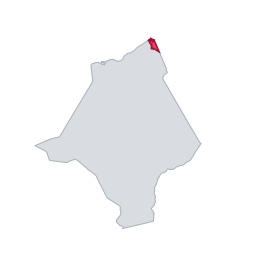 Lunga Lunga, Coast, Kenya (highlighted), rotated 211°
{"feature_id": "3690345B53478860661951", "entity_name": "Lunga Lunga", "entity_type": "district", "adm_level": 2, "iso_a3": "KEN", "parent_name": "Kenya", "parent_adm1": "Coast", "projection": "albers", "projection_center": [39.245, -4.434], "detail": "medium", "context": "in_parent", "style": "filled", "palette": "rose", "viewbox_px": 256, "rotation_deg": 211, "n_neighbors": 0, "source": "geoboundaries", "source_scale": "gbopen_adm2", "svg_char_len": 4135}
<svg xmlns="http://www.w3.org/2000/svg" viewBox="0 0 256 256"><g transform="rotate(211 128 128)"><path d="M57.6,152.5L57.5,149.5L57.9,141.9L57.8,135.2L58.1,131.9L59.8,129.7L60.5,128.2L61.1,126.0L61.9,124.3L63.9,122.8L64.2,122.1L66.3,119.7L67.5,116.6L68.5,115.5L69.7,114.6L70.5,114.1L71.9,113.6L72.9,113.3L73.1,113.0L73.2,112.5L72.8,110.6L73.3,110.0L74.0,108.7L74.8,107.5L75.6,106.8L76.0,106.0L76.2,104.7L76.2,103.7L76.2,102.2L76.0,98.7L75.1,95.8L74.5,92.5L74.9,91.4L74.2,89.5L73.8,89.4L73.3,89.0L72.5,87.2L72.0,85.5L71.6,85.1L69.2,83.7L68.0,80.3L66.7,79.5L66.0,76.1L65.8,75.2L66.5,71.8L66.5,71.0L65.7,70.3L63.4,69.6L61.6,68.2L61.8,67.8L62.0,67.3L61.0,66.9L58.2,61.2L61.8,57.7L65.3,54.2L69.9,49.7L74.1,45.6L77.8,42.1L81.0,39.0L80.9,39.5L81.0,40.3L81.4,40.8L82.0,41.2L83.0,40.8L83.8,40.3L84.6,40.2L89.5,41.5L90.3,42.6L90.3,43.8L90.5,44.7L90.1,45.6L89.7,48.3L89.9,50.8L91.3,52.6L92.7,54.0L93.7,56.0L94.5,56.7L95.6,57.0L98.9,57.0L103.9,57.2L108.7,57.3L109.2,57.3L110.2,57.6L114.6,60.3L118.7,62.8L122.1,65.0L125.4,67.1L128.6,69.1L131.1,70.8L133.6,71.3L137.6,71.6L140.4,71.6L143.0,72.4L146.8,73.0L149.6,73.4L151.3,73.8L156.1,74.2L156.9,73.9L159.0,72.0L161.4,69.0L162.3,67.3L165.3,65.6L170.7,63.3L174.5,61.6L178.7,60.0L180.6,61.4L183.2,63.7L184.4,64.9L185.3,65.4L186.7,65.7L188.5,65.7L189.4,65.7L191.4,65.4L195.9,65.1L198.5,65.1L196.3,68.2L193.7,71.9L188.8,78.6L185.2,82.2L182.4,84.9L182.1,85.4L182.1,88.4L182.2,95.7L182.2,110.5L182.2,125.2L182.2,140.0L182.2,147.4L182.2,149.9L184.7,153.0L187.0,156.1L190.1,160.1L191.8,162.2L192.1,163.0L192.0,164.4L189.4,167.4L187.3,168.8L184.5,169.4L183.6,169.3L182.5,168.9L182.1,169.6L181.7,170.7L181.1,170.5L180.6,170.1L180.9,172.2L181.2,173.1L180.8,174.5L179.4,175.6L179.3,176.6L176.3,179.2L172.1,179.5L169.9,180.8L168.9,181.8L168.1,184.1L168.4,187.6L167.2,190.3L167.0,191.7L164.8,193.5L163.8,195.1L163.1,196.7L162.5,197.4L161.8,201.1L160.8,203.3L160.5,204.1L160.2,204.8L159.4,206.1L158.9,207.0L158.6,207.6L156.0,213.3L154.0,215.9L152.4,215.6L151.4,216.6L151.3,217.0L150.7,216.8L149.4,215.8L146.7,213.9L144.0,212.0L141.3,210.0L138.6,208.1L136.0,206.1L133.3,204.2L130.6,202.2L127.9,200.3L126.3,199.2L125.6,198.5L125.0,197.2L124.8,196.8L124.0,196.4L123.2,196.3L123.0,196.1L123.0,195.4L123.3,194.5L124.2,192.7L124.3,191.6L124.1,190.4L123.8,188.5L123.6,188.1L121.8,187.1L118.0,185.0L114.3,183.0L110.5,180.9L106.8,178.8L103.0,176.7L99.2,174.6L95.5,172.6L91.7,170.5L88.0,168.4L84.2,166.3L80.4,164.3L76.7,162.2L72.9,160.1L69.1,158.1L65.4,156.0L61.6,153.9L60.2,153.2L58.9,152.5L57.6,152.5ZM182.5,172.5L181.8,172.7L182.2,171.7L184.1,170.4L184.9,170.7L185.0,171.0L184.6,171.5L182.5,172.5Z" fill="#d9dde1" stroke="#a8b0b8" stroke-width="1"/><path d="M140.5,209.3L150.3,216.2L151.0,216.8L151.3,216.8L151.1,216.2L151.3,215.6L151.7,215.4L151.8,215.6L151.9,215.4L152.1,215.4L151.8,215.3L151.6,214.8L152.2,215.1L152.6,214.9L153.0,214.9L152.8,215.5L153.0,215.6L152.8,215.9L153.1,216.1L153.5,216.1L154.3,216.2L154.5,216.1L154.3,215.4L154.5,215.3L154.5,215.2L154.3,215.1L154.2,215.2L154.2,214.9L154.1,214.7L154.0,214.3L154.3,214.5L154.6,214.5L154.7,214.2L154.9,214.3L154.8,213.9L155.1,214.0L155.2,213.8L155.5,214.2L155.7,213.6L155.4,213.3L154.9,213.6L154.7,213.3L154.2,213.5L153.9,212.8L153.5,212.8L153.3,212.2L153.1,212.2L152.8,212.0L152.2,211.7L151.8,211.7L151.7,211.8L151.6,211.6L151.3,211.5L150.8,211.6L150.6,211.6L150.4,211.3L150.5,211.0L150.3,211.0L150.2,210.8L150.1,210.5L149.7,210.4L149.6,210.1L149.7,209.9L149.7,209.4L149.3,209.1L149.3,208.9L149.1,209.0L148.8,208.8L148.8,208.6L149.0,208.6L148.8,208.2L148.7,208.3L148.7,208.5L148.6,208.4L148.5,208.6L148.3,208.3L148.2,208.3L147.8,208.8L147.3,208.6L147.4,209.3L140.5,209.3ZM155.3,215.1L155.5,214.3L155.3,214.2L155.2,214.7L154.9,214.7L155.1,215.2L155.3,215.1ZM154.4,216.4L153.7,216.3L153.6,216.6L154.5,216.6L154.4,216.4ZM152.7,215.2L152.9,215.0L152.8,214.9L152.6,215.0L152.7,215.2ZM152.2,216.6L152.4,216.5L152.1,216.4L152.2,216.6ZM154.7,214.9L154.4,214.9L154.4,215.0L154.7,214.9ZM151.2,216.5L151.3,216.4L151.2,216.3L151.2,216.5ZM154.3,214.7L154.2,214.6L154.3,214.7ZM152.5,215.4L152.4,215.3L152.5,215.4Z" fill="#f43f5e" stroke="#9f1239" stroke-width="1.5"/></g></svg>